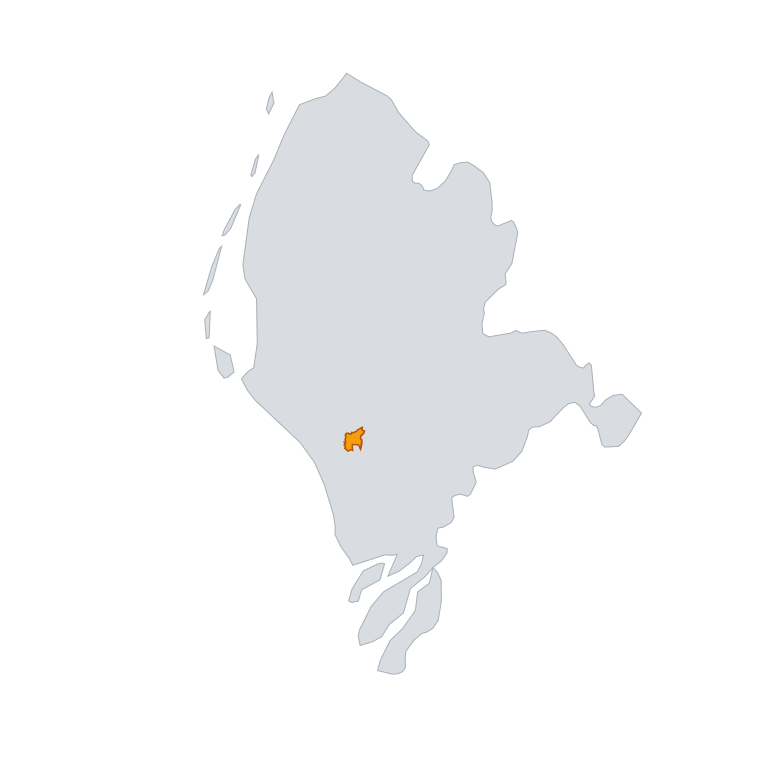 Nieuwkoop, Zuid-Holland, Netherlands (highlighted), rotated 299°
{"feature_id": "6326949B12363687207938", "entity_name": "Nieuwkoop", "entity_type": "district", "adm_level": 2, "iso_a3": "NLD", "parent_name": "Netherlands", "parent_adm1": "Zuid-Holland", "projection": "equal_earth", "projection_center": [4.798, 52.168], "detail": "fine", "context": "in_parent", "style": "filled", "palette": "amber", "viewbox_px": 768, "rotation_deg": 299, "n_neighbors": 0, "source": "geoboundaries", "source_scale": "gbopen_adm2", "svg_char_len": 5953}
<svg xmlns="http://www.w3.org/2000/svg" viewBox="0 0 768 768"><g transform="rotate(299 384 384)"><path d="M483.4,623.4L469.8,623.1L457.0,622.7L450.3,621.9L443.1,619.3L439.8,614.0L435.8,607.6L436.9,603.7L448.7,592.6L450.5,589.5L449.3,587.9L450.4,583.0L459.5,566.5L460.6,559.8L456.5,555.2L450.6,552.4L431.4,547.5L422.2,540.7L418.0,534.6L413.7,532.9L407.5,535.0L391.6,537.2L378.7,534.0L363.5,522.6L359.9,512.4L358.0,504.6L354.2,501.9L349.1,505.9L342.7,512.3L329.9,513.0L326.2,511.5L325.6,508.0L324.9,504.7L321.4,500.5L317.6,498.2L301.4,509.9L295.4,509.9L287.8,505.4L284.0,501.0L275.7,503.5L268.2,508.9L270.7,519.1L266.7,521.0L257.5,520.0L247.1,515.8L235.4,513.3L217.9,506.3L193.2,512.0L176.2,505.2L162.0,504.5L153.2,499.1L143.8,489.9L150.6,483.9L157.1,481.8L183.1,480.6L201.9,484.3L235.8,504.2L244.4,504.0L253.5,501.5L248.9,496.1L240.4,493.5L227.8,488.1L217.8,480.6L241.4,478.2L238.2,474.3L235.1,467.7L210.3,444.6L214.5,438.4L220.9,425.0L228.7,413.9L234.9,411.0L245.2,403.1L267.4,380.1L281.6,361.4L292.1,339.3L307.5,278.5L312.0,268.2L319.4,256.8L328.6,258.9L335.1,262.2L357.8,253.6L396.8,231.2L408.2,211.9L419.4,203.0L464.1,185.5L488.7,180.3L526.8,178.9L554.3,175.8L587.3,174.7L600.1,185.5L607.5,193.3L619.4,197.7L637.7,200.7L636.8,216.3L637.5,247.2L636.2,252.7L628.2,265.7L619.9,289.2L617.7,304.7L615.2,307.6L580.3,307.5L575.3,310.2L574.7,313.6L576.5,317.5L575.7,321.5L573.0,324.7L574.6,329.9L580.7,335.7L591.8,339.3L603.6,339.6L609.7,339.0L614.2,343.2L618.7,349.6L618.5,357.7L616.9,368.6L611.5,378.7L595.5,390.3L588.3,394.4L581.5,396.5L578.3,399.6L576.9,403.5L577.3,406.9L588.9,416.3L588.6,418.4L585.4,423.3L581.0,427.8L551.4,437.4L539.1,436.6L532.1,441.4L529.9,442.3L522.1,437.9L504.8,432.9L498.2,434.6L494.6,437.4L483.7,440.7L476.0,445.9L476.0,452.7L490.0,470.2L494.9,473.6L495.2,480.1L501.9,488.3L508.9,498.6L509.7,505.1L509.0,511.8L505.5,521.2L493.7,543.2L493.6,547.5L494.6,550.7L498.7,551.6L501.9,553.2L501.0,556.2L478.6,571.5L475.7,574.2L466.2,573.4L464.8,576.0L466.1,580.1L469.8,583.8L477.9,585.7L484.8,589.6L490.5,597.2L483.4,623.4ZM247.1,515.8L245.1,522.2L239.9,529.2L222.1,539.3L203.7,546.0L194.2,545.2L187.7,541.7L184.2,538.0L174.4,534.5L160.9,532.7L152.4,536.5L146.4,540.2L141.1,539.6L137.2,536.5L134.2,531.9L130.3,517.3L140.5,514.7L162.3,513.7L179.1,518.8L201.4,521.2L218.4,514.2L231.8,520.2L247.1,515.8ZM210.5,456.5L223.4,465.7L226.2,468.6L227.1,471.7L210.6,475.4L193.2,464.2L181.6,466.8L177.2,461.5L177.2,458.2L189.2,455.4L210.5,456.5ZM334.8,235.5L321.8,247.1L313.9,243.9L311.6,241.2L315.6,232.1L334.8,217.0L334.8,235.5ZM392.3,183.8L380.1,185.1L374.6,182.8L404.0,176.3L422.6,174.3L425.9,175.2L392.3,183.8ZM471.3,171.8L445.5,174.5L436.7,172.5L435.3,170.6L442.3,169.4L464.3,169.2L471.1,170.8L471.3,171.8ZM363.9,196.5L339.7,208.6L337.6,206.6L353.2,196.1L363.9,196.5ZM576.4,151.6L564.3,152.1L567.7,147.8L578.9,144.6L584.9,144.6L576.4,151.6ZM524.0,163.3L505.8,168.9L501.3,167.7L502.4,166.1L518.5,162.6L524.0,163.3Z" fill="#d9dde1" stroke="#a8b0b8" stroke-width="1"/><path d="M314.1,378.0L313.9,377.9L313.6,377.7L313.5,377.8L313.4,377.8L313.4,377.7L313.3,377.8L313.2,378.5L313.1,379.1L313.0,379.4L312.9,379.3L312.1,379.0L311.3,378.8L309.6,381.4L309.0,381.0L308.8,380.9L307.8,385.0L308.2,385.3L308.4,385.4L309.4,386.1L309.6,386.3L309.9,386.5L310.0,386.5L310.2,386.8L311.0,387.6L310.9,388.0L310.8,388.3L310.8,388.5L310.8,388.8L311.8,388.1L313.5,386.9L313.7,386.6L313.8,386.4L314.6,386.2L315.8,385.8L318.1,390.4L318.1,390.7L318.1,390.8L318.2,391.0L318.1,391.4L318.0,391.5L317.8,392.1L317.7,392.3L317.5,392.7L317.3,393.0L317.2,393.1L316.7,393.6L316.0,394.4L315.8,394.7L315.8,394.8L315.5,395.1L315.4,395.2L315.5,395.2L316.9,394.9L317.3,394.8L317.5,394.8L318.0,394.6L318.2,394.3L318.3,394.1L318.5,394.0L318.8,394.0L319.0,394.1L319.3,394.1L319.5,394.0L319.4,394.0L319.5,394.0L319.5,393.9L319.6,393.7L319.8,393.7L319.9,393.8L320.0,393.8L320.2,393.7L320.3,393.6L320.5,393.6L320.7,393.4L320.8,393.4L320.7,393.3L320.8,393.3L321.0,393.3L321.3,393.4L321.4,393.2L321.2,393.0L321.3,392.9L321.6,392.8L321.8,392.9L322.0,392.9L322.3,392.9L322.5,392.8L322.5,392.7L322.4,392.6L322.5,392.4L322.7,392.2L323.0,392.2L323.3,392.0L323.5,392.1L323.8,392.1L323.9,391.9L324.0,391.8L324.3,391.7L324.5,391.5L324.6,391.4L324.5,391.2L324.7,390.9L324.6,390.7L324.5,390.4L324.7,390.2L324.8,389.9L325.0,389.7L325.3,389.6L325.5,389.6L325.8,389.6L326.1,389.3L326.2,389.2L326.3,389.2L326.3,389.3L326.5,389.3L326.6,389.2L326.9,389.2L327.0,389.2L327.4,389.1L327.5,389.0L327.7,388.9L327.8,388.8L328.0,389.0L328.3,389.1L328.4,389.3L328.4,389.5L328.5,389.5L328.6,389.4L328.8,389.3L329.0,389.4L329.0,389.5L329.4,389.7L329.5,389.7L329.7,389.8L329.8,389.8L329.9,389.7L330.0,389.7L330.3,389.6L330.4,389.9L330.5,389.9L330.6,390.0L330.8,390.1L331.5,390.1L332.1,390.0L332.8,389.9L333.1,389.8L333.4,389.8L333.3,388.6L333.3,388.3L333.3,387.8L333.3,387.4L333.2,386.9L335.1,386.3L335.4,386.1L335.6,386.0L335.5,385.9L335.4,385.8L335.0,385.6L334.9,385.6L333.8,384.8L333.5,384.7L333.3,384.6L333.2,384.5L332.7,384.2L330.8,383.1L330.7,383.1L330.4,383.1L330.2,383.0L329.9,383.0L329.5,382.9L329.4,382.9L329.1,382.8L329.1,382.7L328.5,382.4L328.3,382.2L328.2,382.0L328.2,381.9L327.9,381.7L327.7,381.5L327.4,381.4L327.2,381.2L326.9,381.0L326.8,380.9L326.7,380.8L326.6,380.7L326.5,380.4L326.4,380.2L326.2,380.1L325.8,379.9L325.5,379.8L325.4,379.7L325.2,379.4L325.3,379.3L323.9,379.4L323.7,379.0L323.7,378.9L323.7,378.6L323.7,378.2L323.7,377.1L323.8,376.7L323.1,376.2L322.9,375.7L322.8,375.1L322.3,375.0L322.1,375.0L322.0,374.9L321.9,375.0L321.7,375.0L321.7,374.9L321.4,374.8L321.0,374.8L320.8,374.9L320.6,375.0L320.4,375.0L320.3,375.3L320.2,375.5L319.8,375.8L319.5,375.9L319.3,376.0L319.2,376.1L318.6,376.5L318.2,376.7L317.9,376.7L317.6,376.7L317.4,376.7L317.2,376.7L317.1,376.9L317.0,377.0L316.8,377.0L316.6,377.1L316.3,377.1L316.2,377.1L315.9,377.3L315.7,377.5L315.4,377.8L314.9,378.4L315.0,378.4L314.9,378.5L314.6,378.4L314.1,378.0L314.1,378.0Z" fill="#f59e0b" stroke="#b45309" stroke-width="1.5"/></g></svg>